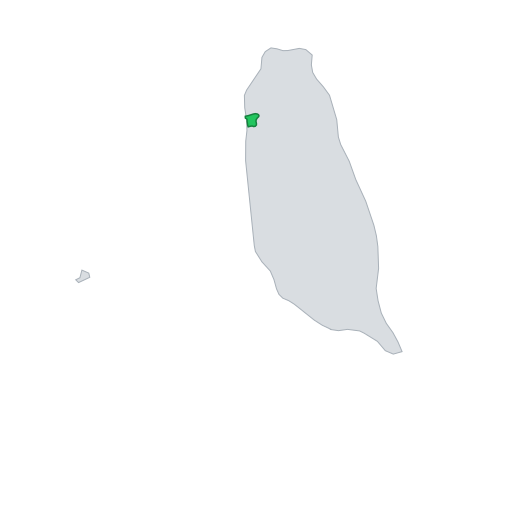 Hsinchu City highlighted on a map of Taiwan, rotated 325°
{"feature_id": "TWN-1161", "entity_name": "Hsinchu City", "entity_type": "Provincial City", "adm_level": 1, "iso_a3": "TWN", "parent_name": "Taiwan", "parent_adm1": "", "projection": "mercator", "projection_center": [120.949, 24.782], "detail": "fine", "context": "in_parent", "style": "filled", "palette": "green", "viewbox_px": 512, "rotation_deg": 325, "n_neighbors": 0, "source": "natural_earth", "source_scale": "10m", "svg_char_len": 1379}
<svg xmlns="http://www.w3.org/2000/svg" viewBox="0 0 512 512"><g transform="rotate(325 256 256)"><path d="M335.8,351.5L330.3,362.7L325.9,374.6L324.1,385.8L324.2,397.4L323.0,407.8L320.8,418.1L312.2,415.1L307.6,407.7L306.5,395.6L300.2,381.0L297.9,376.8L288.9,368.6L280.8,364.5L274.4,358.5L275.3,359.0L270.6,350.8L267.0,342.1L259.7,317.4L257.2,311.4L253.8,306.0L252.8,300.6L254.0,294.6L257.2,285.6L259.1,276.5L257.5,264.2L258.1,252.0L260.5,246.6L302.2,171.9L313.5,156.0L320.5,148.1L326.3,139.3L331.8,128.1L338.6,117.8L343.5,114.7L367.4,105.5L374.8,96.7L380.8,93.9L387.6,94.1L392.0,98.3L395.9,103.3L400.0,106.0L410.6,110.8L415.2,115.5L417.3,123.6L410.9,131.3L407.7,138.2L407.1,145.8L408.2,156.1L408.4,166.5L400.3,190.7L391.7,205.8L389.3,213.3L386.7,231.9L381.6,250.5L377.3,274.1L370.2,298.4L366.2,308.5L361.2,318.2L349.3,336.5L335.8,351.5ZM105.3,167.7L109.2,174.1L107.6,178.1L95.4,176.0L94.7,172.1L99.3,172.8L105.3,167.7Z" fill="#d9dde1" stroke="#a8b0b8" stroke-width="1"/><path d="M323.7,145.7L324.1,144.3L326.0,140.5L326.7,139.5L327.0,138.9L327.0,138.4L326.7,137.7L326.4,137.0L326.9,136.0L327.4,135.4L330.2,136.6L335.3,138.2L337.2,139.1L338.5,140.4L339.1,141.7L338.8,142.9L338.0,143.4L336.2,143.7L334.2,144.5L333.1,145.9L332.3,147.8L331.5,148.9L331.4,148.9L329.9,149.3L328.4,148.7L327.5,147.4L326.1,146.6L323.7,145.7Z" fill="#22c55e" stroke="#15803d" stroke-width="1.5"/></g></svg>